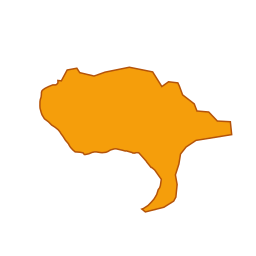 the district of Livingston, Kentucky, United States of America, rotated 300°
{"feature_id": "52423323B40922319386864", "entity_name": "Livingston", "entity_type": "district", "adm_level": 2, "iso_a3": "USA", "parent_name": "United States of America", "parent_adm1": "Kentucky", "projection": "natural_earth1", "projection_center": [-88.42, 37.204], "detail": "fine", "context": "isolated", "style": "filled", "palette": "amber", "viewbox_px": 256, "rotation_deg": 300, "n_neighbors": 0, "source": "geoboundaries", "source_scale": "gbopen_adm2", "svg_char_len": 1358}
<svg xmlns="http://www.w3.org/2000/svg" viewBox="0 0 256 256"><g transform="rotate(300 128 128)"><path d="M92.1,204.0L103.6,198.8L111.1,192.5L122.2,190.1L131.7,186.5L140.6,187.8L151.3,193.1L174.1,221.1L184.6,213.5L178.7,201.9L182.2,189.9L177.2,179.2L182.0,173.3L184.0,158.7L189.9,151.6L192.0,148.6L188.3,140.0L180.8,136.6L188.9,121.3L181.3,98.8L164.9,80.2L156.0,72.6L151.8,58.5L154.2,53.8L147.8,46.3L135.5,46.7L134.1,43.5L133.1,44.2L131.8,44.8L129.8,44.3L129.1,43.7L127.7,41.3L124.3,38.6L121.0,36.4L118.7,35.3L117.1,34.9L115.7,35.2L115.1,35.5L113.8,36.2L111.3,37.3L108.9,37.8L106.8,38.6L103.2,40.6L101.2,41.9L97.9,45.2L96.4,47.0L94.2,51.0L93.6,56.0L92.4,60.3L92.2,64.4L91.6,68.3L90.7,70.8L89.6,72.8L88.3,75.8L86.1,80.0L84.6,84.2L83.4,86.1L82.4,88.1L81.4,91.3L80.9,94.2L83.1,98.7L84.0,101.5L83.2,103.4L83.6,104.2L86.1,107.0L88.9,109.1L90.6,111.0L91.4,112.4L93.2,117.0L93.7,118.0L95.9,121.0L97.5,122.3L100.2,123.8L103.0,126.5L104.0,128.0L105.9,134.1L106.7,137.2L107.3,137.9L108.8,143.8L108.7,144.6L109.5,146.2L110.0,146.8L110.6,147.2L111.9,149.5L111.7,150.5L108.4,160.4L108.0,161.0L105.4,167.6L105.4,167.9L105.7,168.2L105.0,172.1L100.2,182.5L94.4,184.8L92.1,185.3L89.7,185.0L84.8,186.1L81.4,186.1L79.1,186.0L75.6,185.3L70.9,184.1L66.0,181.6L64.7,180.5L64.0,185.0L77.3,198.7L87.5,204.1L92.1,204.0Z" fill="#f59e0b" stroke="#b45309" stroke-width="1.5"/></g></svg>